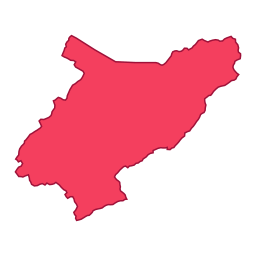 outline of Santo Antônio de Pádua, Rio de Janeiro, Brazil
{"feature_id": "56859067B31690951334962", "entity_name": "Santo Antônio de Pádua", "entity_type": "district", "adm_level": 2, "iso_a3": "BRA", "parent_name": "Brazil", "parent_adm1": "Rio de Janeiro", "projection": "albers", "projection_center": [-42.192, -21.571], "detail": "fine", "context": "isolated", "style": "filled", "palette": "rose", "viewbox_px": 256, "rotation_deg": 0, "n_neighbors": 0, "source": "geoboundaries", "source_scale": "gbopen_adm2", "svg_char_len": 3360}
<svg xmlns="http://www.w3.org/2000/svg" viewBox="0 0 256 256"><path d="M30.1,134.4L27.9,137.4L25.9,139.9L24.6,141.0L24.3,143.3L22.9,144.8L21.5,146.1L19.7,148.9L19.0,151.4L18.7,155.0L17.0,157.1L15.7,159.1L17.3,160.2L18.4,161.9L20.9,160.7L22.6,163.5L21.2,166.1L18.6,167.2L17.1,169.2L15.4,171.9L18.8,176.5L21.2,176.6L22.9,177.0L25.5,175.8L28.4,174.8L29.3,177.8L29.6,180.3L30.7,182.0L31.6,184.3L34.3,185.9L37.3,185.6L39.8,184.3L42.3,183.6L45.0,185.0L46.9,183.1L49.7,184.6L52.1,184.3L54.1,183.7L55.9,182.4L57.5,183.6L59.5,185.1L61.3,187.3L63.8,189.7L66.0,190.8L66.9,192.7L65.0,194.5L66.2,196.7L67.7,198.3L70.4,196.7L72.7,196.7L74.0,199.0L74.6,201.7L76.4,204.1L77.5,206.5L75.7,210.1L73.8,212.3L74.6,214.5L76.0,216.1L75.6,218.3L76.6,220.4L78.8,219.9L81.2,219.2L84.0,217.5L85.7,216.4L87.4,215.5L89.2,215.3L90.7,214.0L92.2,212.4L93.1,210.7L95.5,209.5L98.0,208.9L100.1,208.5L102.2,207.9L104.1,206.4L106.0,205.3L108.2,204.6L110.8,204.7L112.9,204.5L115.1,203.0L117.7,201.5L120.2,200.8L123.0,200.7L124.8,199.4L126.8,199.2L125.8,197.2L125.2,195.0L124.0,193.6L122.3,192.2L120.6,191.0L120.0,189.0L120.4,186.8L119.9,184.6L119.7,182.3L118.4,181.0L116.5,179.6L114.5,177.0L115.6,174.6L117.6,172.8L120.0,169.9L122.1,168.0L123.7,166.6L125.6,166.1L127.8,167.7L129.3,166.1L131.4,165.8L134.1,165.1L136.0,163.3L138.2,163.0L140.2,161.4L142.1,160.8L143.2,158.9L146.2,156.9L148.2,154.6L150.5,153.3L153.1,152.8L153.1,150.5L155.0,149.7L158.1,148.3L160.7,147.7L162.8,147.9L165.5,147.9L167.2,147.4L167.2,149.4L170.1,149.6L171.8,148.1L173.9,147.5L175.2,145.7L177.0,143.9L178.6,142.1L180.0,140.2L181.8,138.1L184.6,136.0L184.8,133.0L187.3,131.7L189.7,130.9L191.4,128.3L193.3,126.3L194.9,124.1L196.5,121.6L198.4,119.3L199.6,117.1L200.6,114.5L202.1,113.4L204.0,112.5L205.1,110.4L205.3,107.8L205.9,105.0L205.1,103.0L204.7,101.0L204.7,98.7L206.9,97.1L208.8,95.5L210.7,95.3L211.9,93.9L213.6,91.4L216.0,89.0L218.3,87.1L221.0,86.2L224.8,85.4L227.1,83.9L229.2,82.4L231.5,80.6L234.2,80.1L235.9,79.0L236.8,76.9L238.7,74.5L237.0,73.3L235.3,71.5L233.8,69.6L232.9,67.2L233.4,65.0L234.5,63.3L234.9,61.3L237.2,59.9L240.2,58.7L240.6,55.7L240.5,53.7L238.5,52.2L238.1,50.3L238.6,47.9L237.8,44.8L235.6,42.1L235.4,39.2L232.7,38.3L231.1,36.4L229.1,37.1L226.8,37.9L224.5,39.0L222.6,40.9L219.8,41.2L218.2,40.1L215.5,39.7L212.6,40.2L209.7,41.1L208.0,42.0L206.2,41.3L204.1,40.4L202.2,39.2L200.5,39.8L198.4,40.6L196.9,42.6L195.4,44.5L193.4,46.1L192.1,47.9L190.1,49.0L188.6,49.9L187.0,48.3L184.4,48.2L183.1,49.9L181.4,51.2L179.0,51.6L176.8,50.8L175.0,50.9L172.8,51.8L171.8,53.7L171.2,55.9L169.8,57.7L168.4,59.5L165.9,62.7L163.7,64.5L162.0,65.2L160.3,64.6L158.2,63.2L155.8,62.6L135.2,62.6L118.9,61.9L115.6,61.8L97.7,51.5L94.6,49.7L76.3,38.1L71.5,35.6L70.0,36.8L68.9,38.3L68.7,40.3L67.1,41.8L65.7,44.2L66.3,46.8L64.8,48.0L64.2,50.3L63.2,52.7L62.0,55.6L64.5,57.1L66.2,57.7L68.3,58.8L70.7,60.3L73.7,60.5L75.7,61.9L74.2,64.7L75.6,67.0L77.9,68.3L83.0,71.2L84.2,73.4L83.2,75.6L82.2,77.6L80.7,79.7L77.8,81.5L75.4,83.6L72.6,85.2L71.3,87.4L70.0,89.5L68.8,92.3L67.3,95.7L66.9,98.3L65.5,100.1L63.2,99.8L60.7,98.2L58.3,97.4L56.7,98.7L55.3,100.0L53.4,100.8L54.9,105.2L54.7,108.0L53.1,110.2L52.0,111.9L51.7,113.8L51.0,115.6L48.9,117.4L46.6,118.4L43.9,119.5L40.8,119.3L39.1,121.0L40.4,123.6L41.6,126.3L40.3,128.0L38.8,129.0L37.1,130.2L35.5,131.1L33.8,132.2L32.4,133.2L30.1,134.4Z" fill="#f43f5e" stroke="#9f1239" stroke-width="1.5"/></svg>